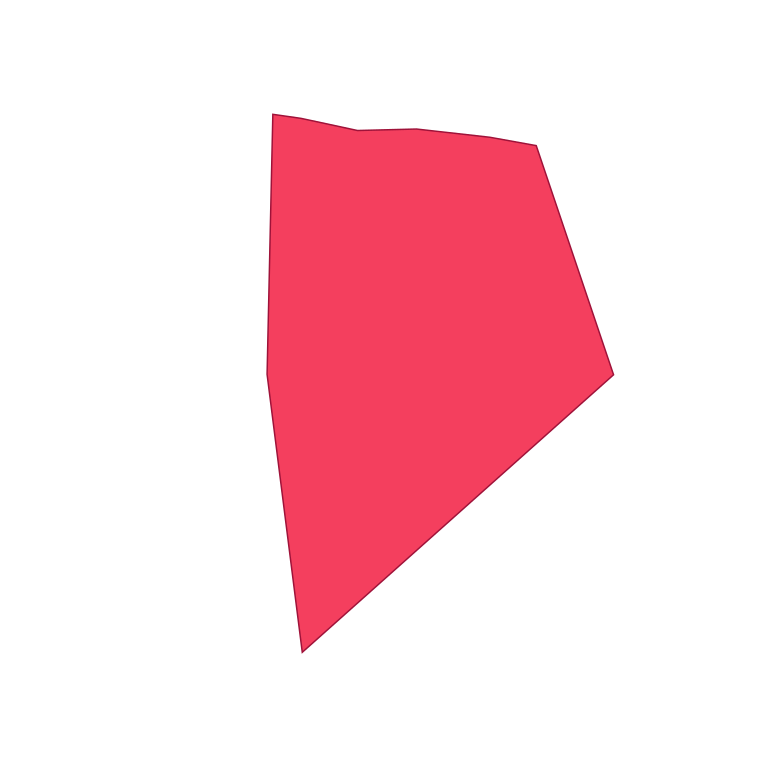 the district of El Arish 2, Shamal Sina', Egypt, rotated 23°
{"feature_id": "37247803B92931346383246", "entity_name": "El Arish 2", "entity_type": "district", "adm_level": 2, "iso_a3": "EGY", "parent_name": "Egypt", "parent_adm1": "Shamal Sina'", "projection": "equal_earth", "projection_center": [33.737, 31.084], "detail": "fine", "context": "isolated", "style": "filled", "palette": "rose", "viewbox_px": 768, "rotation_deg": 23, "n_neighbors": 0, "source": "geoboundaries", "source_scale": "gbopen_adm2", "svg_char_len": 290}
<svg xmlns="http://www.w3.org/2000/svg" viewBox="0 0 768 768"><g transform="rotate(23 384 384)"><path d="M431.0,105.1L385.1,115.5L314.3,136.6L260.6,161.0L203.8,171.9L176.3,179.2L272.6,420.8L413.6,662.9L591.7,285.8L431.0,105.1Z" fill="#f43f5e" stroke="#9f1239" stroke-width="1.5"/></g></svg>